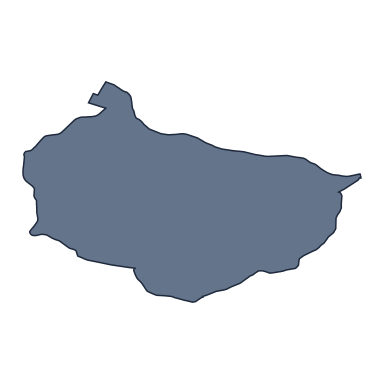 outline of Wormerland, Noord-Holland, Netherlands
{"feature_id": "6326949B48566307694504", "entity_name": "Wormerland", "entity_type": "district", "adm_level": 2, "iso_a3": "NLD", "parent_name": "Netherlands", "parent_adm1": "Noord-Holland", "projection": "natural_earth1", "projection_center": [4.861, 52.506], "detail": "fine", "context": "isolated", "style": "filled", "palette": "slate", "viewbox_px": 384, "rotation_deg": 0, "n_neighbors": 0, "source": "geoboundaries", "source_scale": "gbopen_adm2", "svg_char_len": 5812}
<svg xmlns="http://www.w3.org/2000/svg" viewBox="0 0 384 384"><path d="M25.8,151.4L24.8,152.5L24.3,153.2L24.0,153.9L23.9,154.7L24.1,155.6L24.3,156.3L24.4,157.1L24.4,157.5L24.3,158.3L23.9,162.4L23.8,163.2L23.8,163.9L23.3,167.4L23.1,169.3L23.0,172.2L23.1,175.2L23.2,175.7L24.1,178.4L24.8,179.5L25.5,180.5L27.0,181.9L28.3,182.9L30.5,184.6L31.8,185.6L33.8,187.7L34.3,188.8L34.4,189.3L34.3,190.2L34.3,190.7L34.2,191.6L34.2,192.8L34.0,194.1L34.0,194.9L34.0,195.9L34.1,196.4L34.3,196.8L34.6,197.7L35.1,198.5L35.9,199.5L36.3,200.2L36.5,200.7L36.6,201.2L36.5,201.9L36.5,204.2L36.7,206.6L36.8,209.3L36.8,210.8L36.8,212.0L36.9,213.2L37.0,213.9L37.2,214.8L37.6,217.2L37.8,218.7L37.9,219.1L37.8,219.7L37.7,220.3L37.4,221.2L36.9,222.2L36.6,222.6L34.2,226.0L31.5,229.2L30.6,230.4L29.9,231.3L29.8,231.6L29.7,231.8L29.7,232.1L29.8,232.3L29.9,232.7L30.1,233.2L30.3,233.5L30.8,234.2L31.1,234.5L31.8,235.0L32.1,235.2L32.8,235.4L33.2,235.5L33.6,235.5L34.4,235.5L35.2,235.6L37.3,235.3L37.6,235.2L40.4,234.5L41.2,234.4L43.3,234.4L45.4,234.7L46.5,234.9L47.0,235.2L47.7,235.5L48.5,236.0L50.2,237.0L51.4,237.7L52.7,238.4L53.9,238.9L54.9,239.4L58.7,240.6L59.1,240.7L69.0,247.9L71.0,248.7L73.6,249.4L74.9,250.0L75.6,250.4L76.0,250.8L76.3,251.3L76.4,251.9L76.8,253.2L77.8,256.1L81.3,257.5L81.6,257.4L81.9,257.6L83.0,258.3L84.2,258.8L87.6,260.1L88.2,260.2L96.8,261.9L110.4,264.7L112.0,265.0L129.7,267.6L135.0,268.2L134.3,269.1L133.7,269.9L133.7,270.1L133.7,270.3L134.2,271.8L135.6,275.4L136.1,276.4L137.0,278.1L137.6,279.0L140.3,281.6L141.2,282.5L142.3,283.9L143.1,285.2L143.9,286.3L146.5,290.4L147.0,290.9L147.7,291.5L148.6,291.9L151.9,293.4L153.5,294.1L156.1,295.1L156.8,295.3L164.0,295.7L165.2,295.8L167.0,296.0L167.3,296.0L170.3,296.3L172.7,296.7L173.0,297.0L173.3,297.1L173.8,297.3L174.6,297.6L175.8,297.9L176.2,298.0L179.5,298.9L179.8,299.0L180.6,299.2L181.7,299.5L183.8,300.1L184.7,300.3L185.5,300.5L186.2,300.6L188.0,301.1L190.0,301.5L191.8,302.0L192.2,302.1L193.0,302.1L193.6,302.0L195.3,301.7L195.5,301.6L197.0,300.6L197.6,300.2L198.5,299.6L199.8,298.7L201.3,297.7L201.6,297.4L202.0,297.4L202.6,297.2L203.0,297.1L202.8,296.4L204.8,295.8L207.4,294.9L215.4,291.7L216.6,291.3L222.1,290.3L224.1,289.9L225.5,289.5L226.2,289.3L226.8,289.1L228.1,288.4L229.7,287.6L231.1,286.9L236.0,284.9L238.8,283.8L240.0,283.2L240.9,282.7L243.9,280.5L247.4,278.0L249.0,276.8L249.0,276.7L250.1,276.0L251.6,275.4L252.8,274.9L253.5,274.4L255.1,273.1L257.0,271.9L257.4,271.6L257.6,271.4L257.9,271.3L258.7,270.9L261.8,270.8L262.8,270.9L263.1,270.9L263.6,271.1L264.7,271.4L266.1,271.8L266.7,272.0L267.2,272.2L269.4,273.0L270.0,273.1L270.5,273.1L273.7,272.7L275.6,272.4L277.9,272.0L278.9,271.8L280.1,271.7L281.0,271.5L281.7,271.3L282.7,271.2L285.7,270.2L286.3,270.0L290.6,269.2L293.2,268.8L294.8,268.5L295.6,268.3L296.6,267.4L298.3,265.5L298.5,265.2L298.5,264.8L298.8,262.0L299.1,259.9L299.3,259.2L299.4,258.9L299.6,258.6L302.9,256.2L304.0,255.5L306.8,254.1L307.9,253.6L309.2,252.9L311.3,251.9L313.9,250.7L315.3,250.1L316.0,249.8L316.5,249.5L317.9,248.4L318.9,247.6L321.0,245.2L323.6,243.4L323.9,243.2L324.1,243.0L326.8,239.3L328.3,237.0L328.6,236.7L333.4,232.8L333.6,232.6L335.5,229.1L335.7,228.8L335.7,228.6L335.8,228.4L335.8,226.2L336.0,219.2L336.1,217.9L336.2,217.6L337.5,215.0L337.7,214.6L338.7,213.3L339.9,211.5L340.4,210.2L341.1,208.5L341.3,208.0L341.3,207.8L341.3,207.1L341.3,203.4L341.7,198.6L341.9,195.8L341.0,193.7L340.7,193.3L340.5,193.0L340.3,192.8L340.1,192.7L339.8,192.5L338.7,192.1L342.9,189.8L344.6,188.9L349.2,185.9L357.8,180.3L358.3,179.9L359.3,178.3L359.3,178.0L359.8,178.0L360.3,178.1L361.0,178.0L360.1,174.0L358.4,174.2L355.6,174.9L349.1,176.2L347.2,176.4L346.6,176.4L345.7,176.4L345.2,176.3L343.1,176.1L341.1,175.8L339.0,175.3L338.1,175.2L336.2,175.0L333.5,174.8L332.9,174.7L332.2,174.5L330.7,174.0L329.0,173.4L328.0,172.9L327.0,172.5L326.5,172.2L324.1,170.8L322.1,169.5L320.5,168.4L319.1,167.3L318.0,166.4L316.4,165.1L315.6,164.5L315.1,164.3L314.2,163.9L312.0,163.1L311.0,162.8L310.4,162.5L310.0,162.3L308.1,161.0L307.1,160.2L305.5,159.1L304.7,158.7L304.4,158.6L303.3,158.2L302.3,158.0L300.5,157.7L298.8,157.5L296.2,157.2L287.0,155.5L286.5,155.5L274.6,156.1L267.9,156.4L266.8,156.3L265.6,156.3L265.2,156.2L260.5,155.4L258.8,155.1L256.7,154.8L255.8,154.7L244.3,151.9L243.1,151.7L241.5,151.5L232.9,150.7L222.5,149.1L222.0,149.1L221.2,148.8L217.4,147.6L215.1,146.9L214.7,146.7L212.9,145.7L211.5,145.0L210.6,144.7L209.4,144.2L207.7,143.6L206.4,143.0L205.9,142.8L205.2,142.5L198.6,138.6L197.3,137.9L196.5,137.6L186.6,134.3L185.8,134.1L183.4,133.8L181.9,133.7L179.4,134.0L175.8,134.4L168.4,134.8L164.4,134.2L162.3,133.9L160.7,133.6L160.2,133.4L150.9,129.7L149.7,129.2L149.4,129.0L149.0,128.8L143.8,124.3L143.6,124.0L141.5,121.5L141.3,121.3L140.2,120.4L138.9,119.4L138.2,119.1L137.2,118.6L136.9,118.5L136.5,118.2L136.3,118.1L136.1,117.9L136.0,117.7L135.6,116.9L135.2,116.2L134.9,115.4L133.9,111.2L133.7,110.7L132.8,109.2L132.6,108.6L132.5,108.1L132.1,105.9L131.6,101.3L131.0,97.7L130.4,96.1L129.0,94.2L127.7,93.0L126.6,92.1L125.5,91.9L123.7,91.2L121.9,90.2L114.1,84.9L105.8,81.9L103.6,85.5L103.4,85.7L97.8,95.1L93.3,93.6L88.5,102.8L93.6,104.4L103.8,107.6L105.4,108.0L105.8,108.2L99.2,114.0L98.2,114.7L97.6,115.1L96.5,115.6L95.9,115.9L94.4,116.3L92.7,116.5L91.2,116.7L83.9,117.1L82.1,117.1L81.5,117.2L80.8,117.3L80.2,117.4L79.6,117.6L76.9,118.6L76.1,119.0L75.6,119.3L75.1,119.6L73.8,120.7L72.2,122.3L70.1,124.3L64.1,130.0L61.9,132.1L61.5,132.4L60.9,132.9L60.6,133.1L60.3,133.2L59.8,133.5L58.7,134.0L57.6,134.3L54.5,134.7L51.9,135.0L47.5,135.6L46.6,135.8L45.4,136.2L45.2,136.2L44.3,136.8L43.6,137.4L41.3,139.8L39.0,142.4L36.9,144.8L35.6,146.4L34.9,147.0L34.3,147.5L34.2,147.6L33.6,148.1L33.5,148.3L32.2,149.6L31.7,150.0L31.2,150.3L30.2,150.7L28.5,151.1L28.0,151.1L26.7,151.4L25.8,151.4Z" fill="#64748b" stroke="#1e293b" stroke-width="1.5"/></svg>